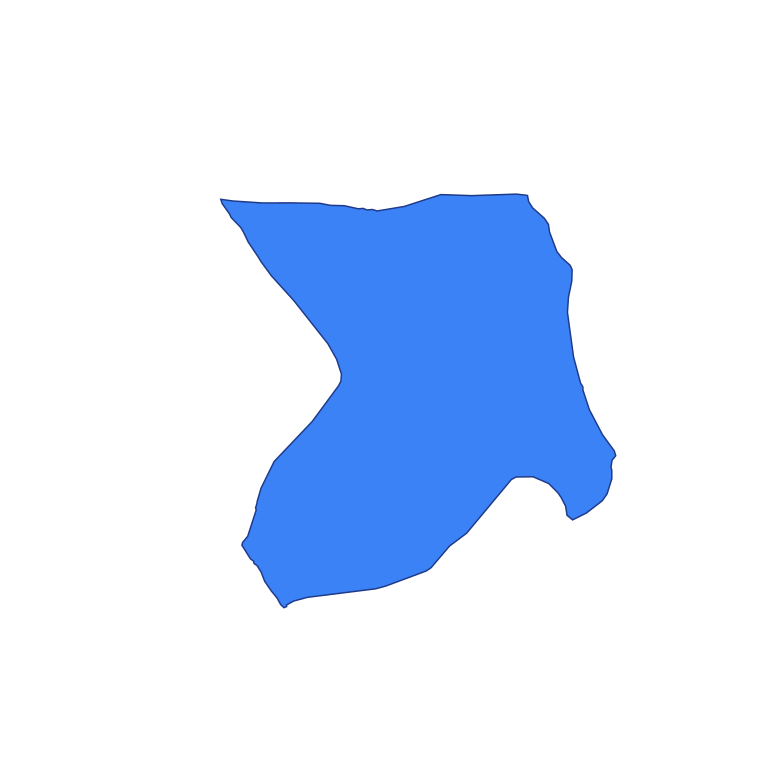 Santa Bárbara, Huehuetenango, Guatemala (orthographic projection), rotated 129°
{"feature_id": "79465075B43226162523151", "entity_name": "Santa Bárbara", "entity_type": "district", "adm_level": 2, "iso_a3": "GTM", "parent_name": "Guatemala", "parent_adm1": "Huehuetenango", "projection": "orthographic", "projection_center": [-91.62, 15.332], "detail": "fine", "context": "isolated", "style": "filled", "palette": "blue", "viewbox_px": 768, "rotation_deg": 129, "n_neighbors": 0, "source": "geoboundaries", "source_scale": "gbopen_adm2", "svg_char_len": 1383}
<svg xmlns="http://www.w3.org/2000/svg" viewBox="0 0 768 768"><g transform="rotate(129 384 384)"><path d="M620.8,321.0L618.2,319.6L617.1,320.7L609.5,317.6L598.0,309.3L569.0,281.4L548.4,261.6L540.1,255.6L502.7,233.5L497.1,231.8L468.6,231.1L447.9,225.9L378.1,224.9L373.2,222.9L362.3,209.8L357.7,193.4L359.1,180.4L360.8,174.7L364.7,165.9L370.9,159.1L370.9,151.9L356.8,145.5L337.4,140.9L329.0,141.5L314.3,147.3L307.6,152.8L305.7,155.3L299.8,158.8L293.9,158.8L291.1,162.9L285.9,182.3L274.7,208.3L263.5,225.6L261.1,227.6L259.6,231.8L243.7,253.7L212.9,286.5L200.6,295.2L185.9,302.8L176.7,309.8L174.6,314.1L174.0,325.7L172.3,333.0L161.8,350.9L156.5,356.6L154.3,363.7L153.6,379.3L151.2,386.4L147.2,391.1L148.0,392.6L153.1,400.6L182.6,434.6L201.0,459.0L233.3,480.0L253.8,498.2L255.8,503.0L259.4,506.6L260.7,510.8L264.0,514.2L270.4,527.0L278.9,538.1L283.9,547.5L301.1,569.4L320.1,592.8L337.0,616.8L343.2,627.1L345.7,623.1L349.1,611.0L350.8,607.5L352.5,593.9L354.3,589.0L359.2,578.7L364.4,561.8L366.2,556.9L370.8,539.6L375.9,506.8L388.0,453.0L394.6,436.4L403.0,423.4L408.9,419.3L413.9,418.2L458.2,416.2L513.3,420.6L542.3,414.0L554.8,408.8L556.5,407.7L561.0,405.9L562.4,404.0L588.1,394.1L596.0,394.2L598.7,393.0L603.9,377.8L603.8,373.8L605.3,372.0L605.0,368.4L607.4,361.3L612.4,352.6L615.8,341.2L617.6,332.4L620.4,325.6L620.8,321.0Z" fill="#3b82f6" stroke="#1e3a8a" stroke-width="1.5"/></g></svg>